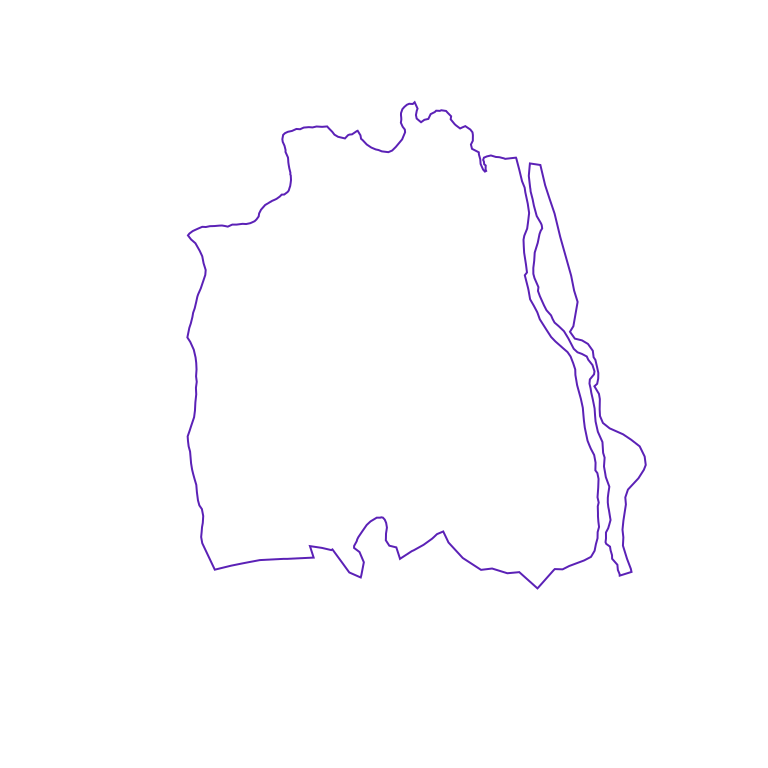 outline of Al Fashn, Bani Suwayf, Egypt, rotated 337°
{"feature_id": "37247803B34846492708063", "entity_name": "Al Fashn", "entity_type": "district", "adm_level": 2, "iso_a3": "EGY", "parent_name": "Egypt", "parent_adm1": "Bani Suwayf", "projection": "natural_earth1", "projection_center": [30.866, 28.805], "detail": "fine", "context": "isolated", "style": "outline", "palette": "violet", "viewbox_px": 768, "rotation_deg": 337, "n_neighbors": 0, "source": "geoboundaries", "source_scale": "gbopen_adm2", "svg_char_len": 5759}
<svg xmlns="http://www.w3.org/2000/svg" viewBox="0 0 768 768"><g transform="rotate(337 384 384)"><path d="M458.7,140.6L457.6,140.6L456.2,140.9L452.1,141.7L449.7,140.9L448.1,140.9L444.0,142.7L438.3,138.5L435.8,135.1L434.9,131.6L433.2,127.3L432.3,124.7L427.5,123.1L422.5,120.6L418.5,119.9L415.2,118.2L410.3,116.6L406.3,116.7L403.0,115.0L398.2,115.1L394.1,114.3L390.9,114.4L388.5,115.3L386.1,118.9L385.4,121.5L385.5,125.8L384.8,130.2L384.0,131.9L384.1,138.0L383.5,139.9L382.6,142.4L381.9,145.0L381.1,148.5L380.8,150.4L380.4,152.9L379.6,154.6L379.7,155.5L378.1,159.9L376.6,162.5L375.0,165.1L373.4,166.9L371.9,168.7L370.3,169.6L366.2,170.6L363.8,169.7L361.4,170.7L357.4,171.6L355.0,171.7L352.5,171.7L344.5,172.8L338.9,175.5L336.3,177.7L335.7,178.2L334.1,180.8L330.9,182.7L328.5,183.6L325.3,183.7L323.7,183.7L319.6,182.9L316.4,181.3L310.7,179.7L306.6,178.0L305.6,178.0L301.7,178.1L299.3,176.4L296.8,174.8L294.4,173.9L289.5,172.3L285.4,170.7L281.4,169.9L278.1,168.3L274.0,168.3L270.0,168.4L267.6,168.5L263.6,169.5L261.6,170.6L262.9,175.6L265.4,180.7L266.4,189.4L266.6,195.4L265.1,202.4L264.4,209.4L262.1,213.8L258.2,218.2L252.7,224.4L247.9,228.9L246.3,230.7L243.2,235.1L239.3,240.4L236.1,243.9L233.8,247.5L229.8,252.8L226.7,256.3L221.2,264.3L222.1,269.5L222.3,278.1L220.9,286.0L219.4,291.2L217.1,297.4L214.0,303.5L212.5,308.8L209.4,314.0L207.1,320.2L203.2,327.2L199.6,334.6L196.2,340.4L189.9,347.5L186.8,351.1L182.8,355.5L181.3,359.9L179.8,365.1L179.1,370.4L175.4,381.7L173.9,387.9L173.2,392.2L172.5,397.4L171.8,403.5L169.5,410.5L167.3,418.4L166.6,423.6L167.5,428.0L166.0,434.9L162.9,441.1L160.6,444.6L158.3,449.0L155.9,453.4L154.5,459.5L155.7,488.8L172.3,491.5L183.5,493.8L190.5,495.3L201.0,497.6L202.6,498.2L222.9,505.6L227.0,507.3L240.3,512.2L250.6,516.0L251.4,516.3L252.5,504.3L262.8,510.6L270.6,516.3L271.9,516.1L275.7,532.2L278.4,543.9L286.2,552.2L287.0,553.0L288.6,550.9L295.8,540.2L295.8,529.1L292.8,523.9L292.4,523.2L293.2,521.4L297.4,518.1L298.6,516.6L300.6,514.9L306.8,510.9L313.0,507.0L316.0,505.9L318.0,505.2L325.1,504.2L328.3,505.6L329.3,505.6L330.8,506.6L331.7,509.2L331.7,512.7L330.6,517.3L327.4,522.5L325.1,527.6L324.6,528.5L325.7,534.9L330.4,538.4L331.5,539.2L330.6,549.5L330.4,551.2L331.4,551.0L344.4,548.7L346.3,548.7L357.6,547.5L367.8,545.2L370.1,544.4L374.1,542.9L375.0,542.9L380.9,542.9L381.4,553.9L381.4,555.0L388.5,574.9L389.1,575.8L400.7,593.0L411.4,596.1L423.6,606.4L434.2,609.8L435.0,610.0L445.4,632.1L446.1,631.8L467.8,621.5L468.9,621.1L476.0,624.4L483.5,623.9L485.4,624.0L494.6,624.4L499.0,624.6L499.4,624.6L507.0,624.0L512.7,619.8L516.5,614.2L520.3,609.4L522.8,603.8L526.1,599.6L527.6,594.3L529.3,589.3L530.5,586.5L533.0,580.1L535.3,577.0L536.3,571.7L540.6,563.3L544.4,555.2L545.6,549.4L544.8,546.1L548.0,539.1L549.7,531.5L549.1,524.3L549.1,520.6L549.2,515.7L551.8,502.6L553.8,495.6L555.5,490.3L557.7,483.6L559.4,474.7L561.3,460.6L563.7,450.5L565.7,445.4L566.3,438.6L566.3,437.9L566.5,431.6L565.4,426.3L562.7,420.8L558.4,411.8L556.2,406.0L554.8,398.0L552.7,385.3L553.1,378.4L553.1,377.5L552.5,370.6L551.6,363.1L553.6,354.5L554.0,352.5L554.2,351.3L556.1,338.9L559.2,337.2L561.4,329.4L564.3,317.9L566.6,311.5L568.8,305.7L571.1,302.3L576.5,296.9L579.6,291.7L584.4,283.3L586.8,274.1L589.0,262.7L590.2,258.2L590.3,251.3L592.2,239.9L593.9,228.2L593.9,227.2L583.5,224.1L582.4,223.0L581.4,222.3L579.1,220.5L577.5,219.6L575.8,218.8L571.7,215.4L567.6,214.7L564.4,214.7L562.8,216.5L562.9,218.2L562.1,220.9L563.0,222.6L562.2,224.3L561.4,226.1L561.3,227.8L559.9,227.9L559.0,225.3L558.9,219.2L560.4,214.8L561.1,209.6L561.8,207.8L560.4,206.1L556.9,201.9L557.6,197.5L560.8,194.8L563.1,189.6L563.8,186.9L562.9,183.5L559.6,178.4L556.4,178.4L553.9,178.5L551.4,174.2L550.6,172.5L548.8,166.4L550.4,163.8L548.7,159.5L547.8,156.9L543.7,154.4L542.1,154.4L538.8,152.8L537.0,153.5L532.4,153.8L528.4,157.3L524.4,156.6L520.4,157.5L519.5,155.8L517.8,152.4L518.5,148.9L520.9,145.3L522.5,143.6L522.3,136.6L519.9,137.5L516.7,135.9L514.2,135.9L511.0,136.9L508.3,138.2L505.5,141.3L504.7,143.1L503.9,145.7L503.2,147.5L501.6,150.1L501.7,154.5L502.6,157.9L501.8,160.5L497.1,165.1L496.3,165.9L487.5,170.4L482.7,172.3L478.6,172.3L472.9,169.0L470.4,166.5L468.0,164.8L464.7,161.4L463.0,158.8L461.7,156.8L459.6,151.1L458.7,149.3L459.5,145.9L458.7,140.6ZM613.5,243.5L604.5,238.0L602.7,241.3L598.6,249.0L595.1,260.9L595.0,261.6L594.2,264.0L593.0,272.0L591.7,278.2L590.2,289.1L591.2,296.8L591.3,298.5L591.2,299.6L590.4,302.6L588.1,304.2L585.7,306.8L580.7,314.1L574.1,321.9L570.4,329.3L566.8,335.5L564.5,341.0L563.9,345.4L564.0,355.2L562.1,358.5L561.8,364.0L562.0,374.2L562.4,379.6L564.6,386.1L564.6,390.1L565.0,394.1L567.5,399.2L570.3,405.7L571.5,414.0L572.4,425.7L574.5,430.4L577.9,433.6L581.4,437.9L581.5,441.5L583.3,448.0L582.7,454.6L581.1,457.2L575.3,460.2L573.3,463.9L572.4,469.0L571.4,473.0L570.2,479.7L568.3,488.8L566.0,495.4L564.1,501.2L562.2,511.5L562.4,522.8L558.8,533.0L558.3,538.0L554.3,545.8L552.7,552.7L551.8,556.4L551.3,566.6L547.9,572.1L545.6,576.1L543.7,580.5L542.4,584.9L541.8,587.9L540.0,595.2L539.4,597.7L536.3,601.6L534.0,604.4L530.3,607.4L528.0,612.9L526.1,616.2L526.1,618.0L528.5,622.0L527.6,625.6L527.0,630.7L525.7,634.0L528.2,641.6L526.6,646.6L526.6,650.9L526.1,652.5L538.4,653.7L539.0,650.5L539.4,639.8L540.8,626.1L544.4,618.7L546.6,611.3L551.0,603.3L559.6,589.4L561.8,582.7L567.3,576.5L581.4,570.2L589.7,564.5L593.3,560.8L595.6,552.6L595.0,541.3L589.7,531.8L584.4,523.7L574.4,513.0L570.3,505.4L570.3,497.9L572.6,491.6L576.8,482.2L578.0,477.1L576.8,468.3L580.3,467.1L583.3,462.7L585.6,457.6L586.8,451.4L588.0,444.4L587.4,441.3L589.2,435.0L587.4,426.8L583.3,421.2L577.4,416.8L575.6,408.6L580.9,404.8L594.3,384.1L595.5,372.3L598.6,357.4L603.7,317.4L607.6,293.8L608.8,277.9L610.0,264.0L613.5,243.5Z" fill="none" stroke="#5b21b6" stroke-width="2"/></g></svg>